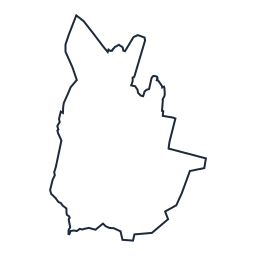 Chanchaga, Niger, Nigeria
{"feature_id": "59680162B49614598703533", "entity_name": "Chanchaga", "entity_type": "district", "adm_level": 2, "iso_a3": "NGA", "parent_name": "Nigeria", "parent_adm1": "Niger", "projection": "equal_earth", "projection_center": [6.539, 9.614], "detail": "fine", "context": "isolated", "style": "outline", "palette": "slate", "viewbox_px": 256, "rotation_deg": 0, "n_neighbors": 0, "source": "geoboundaries", "source_scale": "gbopen_adm2", "svg_char_len": 1862}
<svg xmlns="http://www.w3.org/2000/svg" viewBox="0 0 256 256"><path d="M165.1,211.5L169.8,208.9L176.3,205.3L181.7,193.4L183.0,189.9L189.9,171.0L204.3,168.1L205.9,158.4L168.6,148.6L168.9,145.8L169.5,141.8L175.4,118.5L172.6,117.5L167.7,116.7L162.8,115.9L163.2,111.2L162.0,110.9L162.8,100.9L162.8,100.1L162.6,99.8L163.3,98.1L164.4,96.1L164.7,94.8L164.7,92.9L164.4,88.1L164.0,86.7L163.3,87.0L162.2,87.5L162.0,86.4L161.7,85.6L158.4,80.8L156.9,80.3L157.1,80.0L157.0,79.4L157.5,79.4L157.4,77.5L157.1,76.8L156.4,76.5L155.9,76.4L155.7,76.2L153.4,75.9L151.6,77.8L149.1,89.0L146.5,89.8L144.7,91.3L143.1,96.2L140.8,95.6L138.1,92.9L137.5,89.7L135.1,86.2L132.9,85.8L131.2,85.4L132.3,82.3L132.6,81.2L132.7,79.8L132.6,77.6L133.9,77.2L134.6,75.8L136.3,70.0L145.1,40.4L144.5,37.5L141.7,36.5L137.8,35.1L133.5,37.1L125.0,51.2L123.4,50.7L122.6,47.3L118.9,44.8L116.2,46.4L115.1,46.7L114.3,47.7L113.7,48.5L113.4,48.6L113.0,49.0L112.9,49.4L112.6,49.6L112.5,50.0L112.1,50.6L111.8,50.4L111.0,50.9L110.4,51.0L108.5,49.6L107.7,52.0L102.8,46.0L93.4,33.6L83.7,21.2L78.6,17.2L76.3,15.4L68.8,34.6L65.5,44.5L65.5,51.7L72.4,67.2L76.8,80.0L70.6,87.3L70.3,88.1L68.2,93.1L66.4,97.1L63.9,102.8L63.6,104.0L63.2,107.1L62.9,112.9L60.8,111.6L59.0,119.0L59.7,122.1L58.6,123.8L57.3,126.1L58.4,129.5L57.4,130.5L57.8,132.1L58.0,133.1L59.6,136.5L61.4,140.6L56.0,166.2L55.8,167.1L54.2,172.2L54.8,175.3L54.2,176.5L52.7,179.5L50.1,190.1L51.2,193.9L55.5,198.0L58.4,202.0L60.8,203.0L62.7,205.6L66.4,208.5L66.5,212.7L66.8,214.7L69.1,216.4L69.7,217.8L68.8,219.0L68.8,220.3L70.2,227.2L68.6,230.2L68.5,234.0L69.3,234.2L70.7,231.0L73.6,230.5L76.9,231.0L79.7,228.9L82.3,229.5L84.1,228.9L88.8,227.9L95.5,229.7L100.0,226.0L103.0,223.6L104.3,224.9L105.9,226.4L109.4,227.9L113.7,228.2L120.5,231.3L122.5,239.8L133.0,240.6L134.4,234.4L151.9,232.9L168.1,219.2L165.1,211.5Z" fill="none" stroke="#1e293b" stroke-width="2"/></svg>